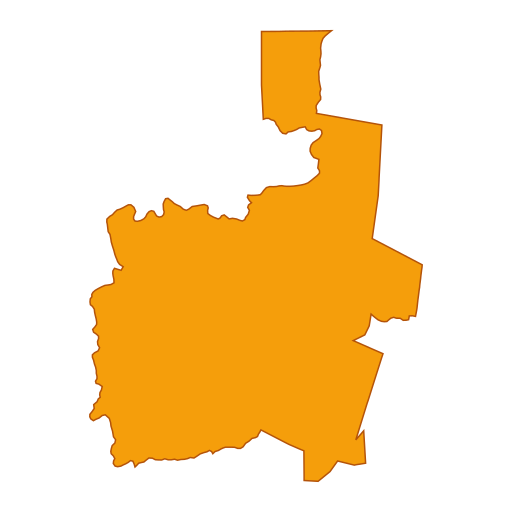 the district of Batalha, Piauí, Brazil
{"feature_id": "56859067B48671667147082", "entity_name": "Batalha", "entity_type": "district", "adm_level": 2, "iso_a3": "BRA", "parent_name": "Brazil", "parent_adm1": "Piauí", "projection": "mercator", "projection_center": [-42.097, -3.963], "detail": "fine", "context": "isolated", "style": "filled", "palette": "amber", "viewbox_px": 512, "rotation_deg": 0, "n_neighbors": 0, "source": "geoboundaries", "source_scale": "gbopen_adm2", "svg_char_len": 4791}
<svg xmlns="http://www.w3.org/2000/svg" viewBox="0 0 512 512"><path d="M304.1,480.5L318.1,481.3L330.0,471.6L337.6,461.0L354.3,465.1L356.7,464.6L360.8,464.0L365.6,463.2L363.7,430.8L355.8,439.9L367.1,403.4L368.2,400.2L374.5,380.2L381.6,357.9L383.0,353.7L371.3,348.6L353.2,340.6L364.8,334.9L369.2,325.9L371.1,314.1L373.0,315.8L374.8,317.3L378.0,319.8L381.4,321.3L384.3,321.7L386.9,321.5L388.7,319.9L390.8,318.2L393.7,317.3L396.3,318.2L400.2,318.3L403.2,320.3L406.4,320.2L408.6,319.7L409.3,315.9L412.5,315.8L415.5,316.4L416.6,310.6L417.0,308.1L417.4,304.4L417.9,299.8L418.4,296.1L418.8,292.9L419.2,289.7L419.6,287.4L419.8,284.8L420.1,282.5L420.6,278.6L420.9,275.6L421.6,270.0L422.0,267.4L422.2,264.8L385.2,245.4L372.2,238.6L378.2,195.7L379.0,180.6L379.1,177.6L381.9,125.0L316.4,113.4L316.8,110.6L316.1,108.0L316.2,105.5L318.4,102.1L320.6,99.5L320.7,96.9L320.0,94.8L319.9,92.3L320.8,89.1L319.8,84.5L319.0,79.7L319.0,77.3L318.8,74.5L318.7,71.3L319.9,67.6L320.5,65.3L320.1,61.9L319.9,59.6L320.6,56.9L321.0,53.8L320.9,51.3L320.6,48.1L321.1,43.8L322.0,40.9L323.0,38.4L325.1,36.0L328.1,33.4L331.5,30.7L306.4,31.1L302.2,31.1L286.6,31.2L279.3,31.4L261.5,31.5L261.5,47.6L261.5,85.0L263.3,119.3L266.0,118.4L268.8,118.4L271.2,119.8L273.9,120.5L275.5,122.2L276.2,124.3L278.2,126.8L280.1,130.7L282.7,133.3L286.0,133.9L288.2,131.9L291.3,131.5L294.2,130.5L296.6,129.5L299.3,127.9L302.4,127.3L305.2,126.8L306.7,129.6L309.0,130.9L311.8,131.2L314.7,130.7L316.8,129.5L319.4,129.0L321.5,130.5L322.0,133.6L320.6,136.5L319.1,138.5L316.0,140.7L313.1,142.6L311.2,145.1L310.2,148.3L310.1,151.2L311.5,154.5L313.8,157.5L316.1,158.3L318.9,159.4L318.3,164.4L317.8,168.0L319.5,170.7L319.5,173.2L317.1,175.7L314.1,178.1L311.2,180.5L308.0,182.9L304.6,184.2L301.1,185.0L298.0,185.5L293.5,186.1L289.7,186.3L286.7,186.3L284.2,186.1L281.8,185.7L279.1,185.9L276.7,186.5L273.6,186.7L269.7,186.6L266.4,187.6L263.7,190.5L262.0,192.9L260.3,194.7L257.7,195.1L255.2,195.3L251.1,195.4L248.0,195.1L247.4,197.3L249.5,200.7L251.5,202.7L248.6,204.9L247.7,207.4L249.4,210.3L248.2,214.2L245.6,217.4L244.8,219.7L242.3,221.0L239.8,220.3L236.6,219.0L232.5,218.3L229.1,218.9L227.1,217.2L224.2,214.9L221.6,215.8L220.2,217.9L218.2,219.0L215.7,218.0L213.6,217.2L210.4,215.5L207.8,213.5L207.6,210.4L208.2,207.9L207.5,205.8L204.2,204.5L200.6,205.1L196.9,205.8L192.2,206.5L188.7,209.2L186.3,210.3L183.3,209.2L180.3,206.5L176.6,204.8L174.2,203.5L172.3,201.7L170.0,199.9L168.0,198.3L165.6,198.7L164.1,201.5L163.2,204.0L163.3,206.5L163.5,209.5L164.2,211.9L163.6,214.6L161.7,216.6L159.0,217.1L156.6,216.0L155.4,214.0L153.8,211.3L151.4,210.7L149.1,211.6L147.0,214.0L145.7,216.8L143.9,218.8L140.8,220.5L137.5,221.3L135.1,221.1L133.6,219.2L133.6,216.6L134.5,214.3L135.7,211.5L133.9,207.3L130.9,204.8L128.4,204.8L126.3,205.9L123.3,207.6L119.9,209.2L117.1,210.0L114.6,212.3L112.5,214.7L109.7,216.4L106.9,219.1L106.8,222.0L107.3,224.2L107.8,228.4L108.2,231.7L110.0,234.4L110.8,238.6L111.3,242.0L112.5,246.2L113.9,250.5L114.8,254.1L115.7,256.7L116.8,259.3L117.7,261.7L119.6,264.4L123.2,266.7L121.1,270.3L118.0,269.4L114.5,268.3L112.9,271.0L112.8,273.4L113.1,275.7L113.9,279.5L114.0,282.8L111.0,284.5L108.0,285.0L104.9,285.4L101.5,286.9L98.2,288.6L95.3,290.3L93.0,292.3L91.8,294.4L91.9,296.8L90.3,298.8L90.0,301.9L90.4,304.7L92.5,306.4L94.3,309.2L94.6,312.2L95.3,315.4L96.2,319.0L96.7,322.2L96.6,324.5L95.0,326.8L92.7,329.4L93.6,332.2L96.4,334.1L98.5,336.1L98.6,338.5L97.5,341.6L97.8,344.6L99.6,347.7L98.1,350.9L94.5,352.8L92.4,354.8L92.4,357.2L93.6,360.3L94.5,364.1L95.6,367.1L96.3,370.5L96.3,373.3L97.0,376.2L97.0,378.7L95.5,381.2L96.1,383.4L98.8,384.1L102.2,386.5L101.4,390.0L100.0,392.5L99.7,394.9L100.2,397.3L98.3,398.9L97.1,401.7L93.7,404.6L94.2,408.5L92.1,411.6L89.9,414.3L89.8,416.8L90.8,418.9L93.4,420.7L95.9,419.3L99.1,418.0L102.2,415.5L105.3,414.8L109.3,418.4L110.6,422.6L111.0,426.0L111.7,428.4L112.5,431.0L113.0,433.9L113.5,436.8L115.6,439.7L114.9,443.0L112.2,445.6L111.4,448.3L110.8,451.4L111.2,453.7L113.3,455.8L114.8,458.6L113.6,460.9L113.3,463.5L115.1,466.1L117.6,466.7L120.9,466.1L123.4,464.8L125.7,463.8L128.2,462.4L130.5,460.6L132.9,461.2L134.1,463.9L135.0,467.0L136.7,465.4L138.7,463.2L141.5,462.5L143.9,462.0L146.3,460.0L148.9,458.0L152.4,458.2L155.3,459.7L158.1,459.9L161.6,460.0L164.8,458.8L168.2,459.8L171.2,459.8L174.6,459.2L177.5,460.2L180.9,459.5L184.4,459.3L187.6,458.6L190.2,457.5L194.0,458.0L197.0,456.1L200.2,453.9L203.9,452.6L207.0,451.8L209.4,450.4L211.6,451.5L212.8,453.7L215.1,451.5L218.4,450.5L221.1,448.9L223.1,448.0L225.4,447.2L228.5,447.2L231.9,447.2L234.7,447.3L237.7,448.4L240.5,448.4L243.1,446.8L245.6,443.3L249.1,441.1L252.0,438.4L255.5,437.6L257.5,436.5L258.5,434.0L259.8,432.1L260.9,429.9L286.2,443.0L289.2,444.5L299.3,448.9L303.9,450.8L304.1,475.5L304.1,480.5Z" fill="#f59e0b" stroke="#b45309" stroke-width="1.5"/></svg>